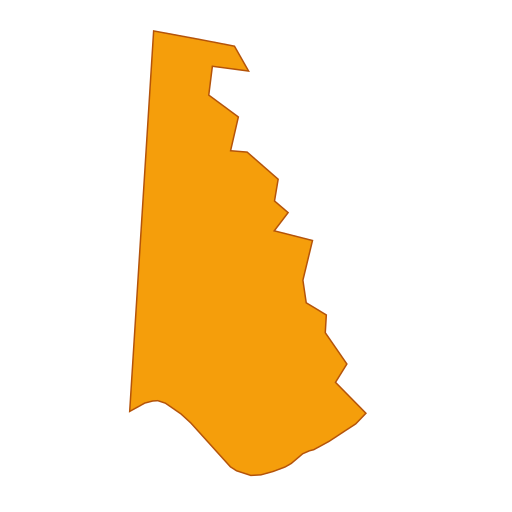 the district of Ohio, Indiana, United States of America, rotated 93°
{"feature_id": "52423323B39120505326627", "entity_name": "Ohio", "entity_type": "district", "adm_level": 2, "iso_a3": "USA", "parent_name": "United States of America", "parent_adm1": "Indiana", "projection": "mercator", "projection_center": [-84.946, 38.966], "detail": "fine", "context": "isolated", "style": "filled", "palette": "amber", "viewbox_px": 512, "rotation_deg": 93, "n_neighbors": 0, "source": "geoboundaries", "source_scale": "gbopen_adm2", "svg_char_len": 667}
<svg xmlns="http://www.w3.org/2000/svg" viewBox="0 0 512 512"><g transform="rotate(93 256 256)"><path d="M42.9,322.1L36.6,370.0L417.8,374.0L408.7,359.4L406.2,351.5L405.6,346.5L407.7,338.8L417.6,322.7L426.1,312.4L467.9,270.5L471.5,264.2L475.4,249.7L474.3,239.7L470.3,227.7L465.1,215.8L461.3,209.9L451.0,199.0L447.7,192.4L446.4,188.2L437.1,173.1L426.2,158.3L418.4,147.6L407.3,138.0L378.0,170.0L359.1,159.6L329.0,182.8L311.2,182.7L300.1,203.4L277.7,207.9L237.6,200.4L229.9,239.1L211.0,226.2L200.1,240.4L178.2,237.9L152.7,270.3L152.2,286.9L118.1,280.9L97.8,311.6L68.8,309.5L71.7,273.1L47.6,288.5L42.9,322.1Z" fill="#f59e0b" stroke="#b45309" stroke-width="1.5"/></g></svg>